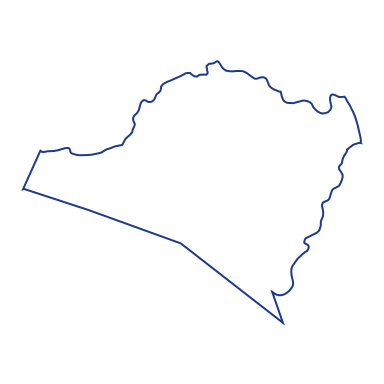 Choucomel, Micoud, Saint Lucia
{"feature_id": "8701671B85920169217386", "entity_name": "Choucomel", "entity_type": "district", "adm_level": 2, "iso_a3": "LCA", "parent_name": "Saint Lucia", "parent_adm1": "Micoud", "projection": "natural_earth1", "projection_center": [-60.959, 13.833], "detail": "fine", "context": "isolated", "style": "outline", "palette": "blue", "viewbox_px": 384, "rotation_deg": 0, "n_neighbors": 0, "source": "geoboundaries", "source_scale": "gbopen_adm2", "svg_char_len": 5895}
<svg xmlns="http://www.w3.org/2000/svg" viewBox="0 0 384 384"><path d="M282.9,322.8L272.1,291.6L272.3,291.7L272.4,292.0L273.0,292.6L273.6,292.9L274.9,293.9L275.2,293.9L275.3,294.1L277.3,294.9L277.7,294.9L278.0,295.0L278.3,295.0L278.5,295.2L281.0,295.2L282.0,295.1L284.2,294.3L285.6,293.6L286.0,293.2L287.1,292.6L288.7,291.3L290.4,289.5L292.0,287.3L292.5,286.3L293.0,285.1L293.1,284.4L293.1,282.5L293.0,282.2L292.8,280.6L292.2,278.3L292.2,277.8L291.9,277.0L291.9,276.4L291.7,276.1L291.7,275.8L291.5,275.4L291.5,275.1L291.5,274.9L291.4,273.2L291.3,272.9L291.3,270.9L291.4,269.5L291.4,269.1L291.9,267.4L292.8,265.5L293.8,264.1L294.2,263.5L296.9,259.7L298.3,258.1L302.0,254.7L302.6,254.0L303.2,253.6L305.3,251.9L306.6,251.3L306.9,250.8L307.1,250.8L307.5,250.4L307.8,249.7L308.2,249.1L308.5,248.0L308.6,247.5L308.7,247.2L308.7,246.4L308.6,246.1L308.4,245.7L308.0,245.5L307.6,244.9L307.1,244.7L306.8,244.3L306.2,244.1L305.6,243.7L304.7,243.2L304.2,242.6L304.2,241.9L304.4,241.5L304.5,240.7L304.9,239.5L305.2,239.1L305.9,238.2L306.2,238.2L307.2,237.5L309.9,236.3L310.7,235.8L311.0,235.6L312.4,234.9L313.4,234.5L316.1,233.1L317.9,231.8L318.5,231.2L319.2,230.4L319.2,230.1L319.4,229.9L319.8,228.9L320.0,228.0L320.4,227.0L320.6,226.1L320.8,224.8L320.8,224.1L320.8,223.8L320.8,222.7L320.9,221.8L320.9,221.3L321.3,220.1L321.8,219.2L322.7,216.9L322.9,216.3L323.1,215.1L323.2,213.9L323.2,212.4L323.1,211.6L322.9,210.3L322.8,209.8L322.7,208.9L322.5,208.4L322.4,207.6L322.0,206.2L322.0,205.4L322.4,203.7L322.7,203.0L322.9,202.9L323.1,202.4L323.6,202.2L323.9,202.1L324.2,201.9L324.5,201.8L324.9,201.6L326.0,201.1L326.7,200.8L327.1,200.7L328.1,200.1L329.3,198.8L329.5,198.2L330.2,196.1L330.3,195.7L331.2,192.7L332.2,190.2L332.5,189.8L332.9,189.3L333.9,188.7L334.3,188.4L334.6,188.3L335.0,188.1L335.5,187.8L335.7,187.7L336.2,187.5L336.6,187.2L336.8,187.2L337.0,187.0L337.6,186.7L338.5,186.1L339.6,185.0L339.8,184.4L340.0,184.3L340.7,183.0L340.8,182.5L341.6,180.8L342.6,177.6L342.6,174.7L342.2,174.0L342.1,173.7L341.5,172.8L341.1,172.0L340.4,171.1L339.3,169.5L339.1,169.1L339.0,168.4L338.9,167.4L339.2,166.5L339.5,166.0L340.9,164.4L341.9,163.2L342.1,162.1L342.2,161.4L342.4,160.5L342.7,159.0L343.1,158.2L343.3,157.6L344.2,155.6L344.6,155.3L344.7,154.9L344.9,154.8L345.1,154.3L345.3,154.1L345.4,153.8L346.3,152.6L346.5,152.1L346.6,151.9L347.0,150.9L347.0,149.6L348.2,148.7L353.0,144.9L354.5,144.3L359.3,142.8L361.0,143.1L360.9,142.9L360.8,139.6L360.6,138.1L359.5,133.2L358.5,129.0L357.9,126.1L356.9,122.6L355.1,116.8L353.2,112.1L350.5,106.9L350.0,105.6L347.9,102.4L345.7,98.2L344.5,96.7L340.5,97.1L338.4,96.8L337.8,96.4L334.4,94.8L333.0,94.5L332.2,94.5L330.8,95.3L330.1,97.6L330.1,100.5L330.5,102.6L331.4,106.5L331.3,107.4L330.3,109.8L328.0,112.2L325.1,113.2L322.3,113.5L320.1,112.8L317.8,111.6L315.4,109.5L313.2,107.0L311.6,103.6L310.1,102.4L307.9,101.3L305.8,100.8L304.2,100.6L302.4,100.7L293.4,103.1L292.0,103.1L287.9,102.9L286.9,102.7L285.4,102.0L284.4,101.4L284.0,100.7L283.4,100.2L282.8,98.8L281.9,96.8L281.7,96.1L281.3,94.1L280.7,91.7L279.9,91.7L278.6,91.4L276.2,90.3L274.2,89.6L271.6,88.0L270.4,87.0L269.1,85.4L268.6,84.2L268.1,82.8L266.9,80.1L266.1,78.6L265.4,78.0L263.5,77.3L262.5,77.2L259.5,77.7L257.1,78.7L254.8,78.7L253.7,78.1L249.1,74.8L247.5,73.5L244.6,71.9L242.9,71.2L240.5,71.0L236.2,71.0L233.6,71.3L230.1,71.3L228.6,71.0L227.0,70.9L226.0,70.6L224.0,69.3L222.5,67.9L219.7,63.5L219.0,62.5L217.7,61.2L216.2,61.6L214.7,62.7L213.3,63.3L211.6,63.6L209.1,63.8L207.0,65.6L206.5,66.7L206.7,67.8L207.1,69.4L207.3,71.2L207.6,71.9L207.6,72.6L207.4,73.7L206.2,74.7L203.7,74.6L199.3,74.8L198.6,75.6L197.5,76.1L197.0,76.6L194.4,76.3L191.6,74.5L190.4,73.2L189.9,72.9L185.8,73.2L185.2,73.6L184.7,73.8L183.8,74.5L183.3,74.6L180.0,76.4L176.4,77.9L175.7,78.3L175.1,78.4L174.7,78.7L174.3,78.8L170.6,80.5L168.9,81.2L168.3,81.4L167.2,81.9L166.9,82.0L166.7,82.2L166.4,82.2L165.1,82.9L163.6,83.9L163.1,84.2L162.9,84.5L162.7,84.6L162.4,84.9L162.2,85.2L161.7,85.8L161.4,86.3L161.1,86.7L160.9,87.3L160.9,88.0L160.9,88.8L160.8,89.4L160.5,90.4L160.2,91.0L159.1,92.4L157.0,93.9L156.6,94.3L156.0,95.5L155.8,95.9L155.6,96.6L154.6,98.8L153.9,99.8L153.4,100.4L152.9,100.8L152.3,101.3L151.7,101.6L150.7,101.9L150.0,102.0L148.6,102.0L148.1,101.9L145.8,100.5L144.4,100.2L143.5,100.2L142.4,101.1L141.4,102.1L141.1,102.6L140.8,103.2L140.4,104.3L140.3,104.6L140.2,105.1L139.7,106.7L139.5,107.2L139.5,107.8L139.3,108.6L138.9,109.7L138.2,111.3L137.2,112.8L136.3,113.7L136.1,113.9L135.3,114.7L134.4,115.6L134.0,116.2L133.4,117.3L133.1,118.5L133.2,120.1L133.4,120.7L133.5,121.1L134.1,122.5L134.7,123.6L134.8,123.8L134.8,124.3L134.6,125.3L134.1,126.4L133.9,127.1L132.7,129.5L132.5,130.3L132.5,130.8L132.5,131.0L132.5,131.3L132.2,132.2L130.7,134.0L130.4,134.4L129.7,135.1L129.5,135.3L129.4,135.5L128.8,135.9L127.9,136.6L127.7,136.8L127.5,137.0L125.6,138.8L124.8,140.0L124.4,140.9L124.3,141.0L124.1,141.4L123.9,141.6L123.8,141.9L123.5,142.6L122.9,143.8L122.4,144.8L122.1,144.8L121.8,144.9L121.7,145.1L120.9,145.2L120.3,145.4L119.7,145.4L119.4,145.5L118.8,145.6L118.1,145.8L117.4,145.9L117.1,146.0L116.6,146.0L115.7,146.2L113.9,146.8L113.7,146.8L113.0,147.2L108.7,148.8L108.0,148.9L107.9,149.0L107.6,149.0L105.9,149.7L101.5,152.5L98.2,153.4L97.4,153.5L95.9,153.9L95.2,153.9L95.0,154.0L94.5,154.1L94.1,154.2L92.6,154.5L92.3,154.6L91.8,154.6L90.5,154.8L88.7,155.0L82.0,155.2L80.9,155.2L78.9,155.2L76.5,154.8L75.1,154.5L72.8,153.8L72.4,153.7L71.2,152.9L70.6,152.2L70.1,150.5L69.9,149.9L69.8,149.4L69.5,148.7L68.6,148.2L68.1,148.0L66.6,148.0L66.2,148.1L65.6,148.2L64.4,148.3L64.0,148.5L63.6,148.6L63.4,148.7L63.0,148.8L61.5,149.2L60.7,149.4L60.4,149.6L59.6,149.7L59.5,149.9L58.8,150.0L58.1,150.3L55.3,150.7L54.7,150.9L53.6,151.0L47.4,151.3L46.7,151.4L46.5,151.5L46.0,151.5L45.0,151.8L44.8,151.9L44.4,152.0L43.0,152.0L42.0,151.9L40.4,150.7L23.0,189.3L24.2,189.0L88.7,210.1L180.8,243.4L282.9,322.8Z" fill="none" stroke="#1e3a8a" stroke-width="2"/></svg>